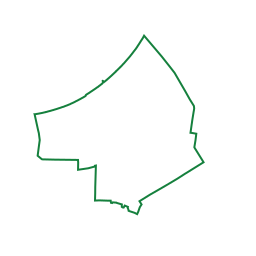 Al Manshiyya, Al Iskandariyah, Egypt (Robinson projection), rotated 311°
{"feature_id": "37247803B47768996612794", "entity_name": "Al Manshiyya", "entity_type": "district", "adm_level": 2, "iso_a3": "EGY", "parent_name": "Egypt", "parent_adm1": "Al Iskandariyah", "projection": "robinson", "projection_center": [29.892, 31.198], "detail": "fine", "context": "isolated", "style": "outline", "palette": "green", "viewbox_px": 256, "rotation_deg": 311, "n_neighbors": 0, "source": "geoboundaries", "source_scale": "gbopen_adm2", "svg_char_len": 5173}
<svg xmlns="http://www.w3.org/2000/svg" viewBox="0 0 256 256"><g transform="rotate(311 128 128)"><path d="M183.3,166.9L184.5,166.2L186.2,165.1L187.3,163.9L187.9,163.2L190.1,156.0L192.9,148.2L193.3,147.1L200.2,126.9L201.7,119.3L204.1,106.5L208.2,79.6L207.8,79.7L207.5,79.7L207.2,79.8L206.8,79.9L206.5,80.0L206.3,80.0L206.0,80.1L205.7,80.2L205.2,80.2L205.0,80.3L204.8,80.3L204.6,80.3L204.4,80.4L204.2,80.4L203.8,80.4L203.6,80.5L203.4,80.5L203.2,80.5L202.9,80.6L202.7,80.6L202.4,80.6L202.2,80.7L201.7,80.7L201.5,80.8L201.2,80.8L200.9,80.9L200.6,80.9L200.3,81.0L199.9,81.0L199.6,81.1L199.3,81.1L198.9,81.2L198.6,81.2L198.2,81.3L197.9,81.3L197.5,81.4L197.2,81.4L196.9,81.4L196.6,81.5L196.3,81.5L196.0,81.6L195.7,81.6L195.4,81.7L195.2,81.7L194.9,81.7L194.7,81.8L194.2,81.8L193.7,81.9L193.2,81.9L192.9,82.0L192.6,82.0L192.2,82.0L191.9,82.0L191.5,82.0L191.1,82.1L190.8,82.1L190.4,82.1L190.0,82.1L189.6,82.1L189.2,82.2L188.8,82.2L188.3,82.2L187.9,82.3L187.5,82.3L187.0,82.3L186.6,82.3L186.2,82.4L185.7,82.4L185.3,82.4L184.8,82.4L184.4,82.4L184.0,82.5L183.5,82.5L183.1,82.5L182.7,82.5L182.3,82.5L181.9,82.5L181.5,82.5L181.2,82.5L180.8,82.5L180.5,82.5L180.2,82.5L179.9,82.5L179.6,82.5L179.3,82.5L179.1,82.5L178.8,82.5L178.5,82.5L178.2,82.5L177.9,82.5L177.6,82.5L177.3,82.5L177.0,82.5L176.7,82.5L176.4,82.5L176.1,82.5L175.8,82.5L175.6,82.5L175.3,82.5L175.0,82.5L174.8,82.5L174.5,82.5L174.2,82.5L173.7,82.5L173.4,82.4L173.1,82.4L172.9,82.4L172.6,82.4L172.4,82.4L172.1,82.4L171.9,82.4L171.7,82.4L171.3,82.4L171.2,82.4L170.7,82.4L170.4,82.3L170.1,82.3L169.9,82.3L169.7,82.3L169.4,82.3L169.2,82.3L169.0,82.2L168.8,82.3L168.6,82.2L168.4,82.2L168.2,82.2L167.8,82.2L167.6,82.1L167.3,82.1L167.1,82.1L166.9,82.1L166.6,82.1L166.4,82.0L166.2,82.0L165.9,82.0L165.7,82.0L165.2,82.0L164.8,81.9L164.6,81.9L164.4,81.9L164.2,81.9L163.8,81.8L163.7,81.8L163.3,81.8L163.2,81.8L162.8,81.8L162.7,81.7L162.5,81.8L162.3,81.7L162.1,81.7L161.9,81.7L161.7,81.7L161.4,81.7L161.2,81.6L160.7,81.6L160.2,81.5L159.7,81.5L159.4,81.5L159.2,81.4L158.9,81.4L158.5,81.4L158.2,81.3L157.9,81.3L157.5,81.3L157.2,81.2L156.9,81.2L156.5,81.2L156.2,81.1L155.8,81.1L155.5,81.0L155.2,81.0L154.9,81.0L154.6,80.9L154.2,80.9L153.9,80.8L153.6,80.8L153.3,80.8L153.0,80.7L152.6,80.7L152.3,80.6L152.0,80.6L151.7,80.5L151.4,80.5L151.2,80.5L150.9,80.4L150.7,80.4L150.3,80.4L150.2,80.3L149.8,80.3L149.6,80.2L149.4,80.2L149.2,80.2L148.9,80.1L148.7,80.1L148.4,80.0L148.2,80.0L147.8,79.9L147.6,79.9L147.4,79.9L147.1,79.7L147.0,79.2L147.0,78.9L147.0,78.7L147.1,78.3L147.0,78.0L146.9,78.0L146.8,78.3L146.8,78.6L146.7,78.9L146.6,79.2L146.6,79.5L146.4,79.6L146.1,79.4L145.8,79.3L145.6,79.3L145.3,79.3L145.1,79.3L144.9,79.4L144.7,79.4L144.3,79.3L144.1,79.3L143.9,79.3L143.7,79.2L143.3,79.1L143.1,79.1L142.9,79.1L142.7,79.0L142.2,78.9L141.9,78.9L141.5,78.8L141.1,78.7L140.7,78.6L140.3,78.5L139.9,78.5L139.5,78.4L139.0,78.3L138.6,78.1L138.1,78.0L137.7,77.9L137.3,77.8L136.8,77.7L136.3,77.6L135.9,77.5L135.4,77.3L134.9,77.2L134.4,77.1L133.9,76.9L133.4,76.8L133.0,76.7L132.5,76.6L132.0,76.4L131.6,76.3L131.2,76.2L130.8,76.1L130.4,76.0L130.1,75.9L129.8,75.8L129.5,75.8L129.3,75.7L129.0,75.6L128.8,75.6L128.6,75.5L128.3,75.4L128.2,75.4L127.9,75.3L127.7,75.2L127.3,75.1L127.1,75.1L126.9,75.0L126.7,74.9L126.4,74.8L126.2,74.8L126.0,74.7L125.9,74.7L125.6,74.6L125.3,74.6L125.1,74.6L124.8,74.8L124.7,74.9L124.4,74.9L124.2,74.9L123.8,74.8L123.5,74.7L123.2,74.6L122.9,74.5L122.5,74.4L122.1,74.2L121.6,74.1L121.1,73.9L120.6,73.7L120.1,73.5L119.5,73.3L118.9,73.1L118.3,72.9L117.7,72.6L117.1,72.4L116.5,72.2L115.8,71.9L115.2,71.7L114.6,71.4L113.9,71.1L113.3,70.9L112.7,70.7L112.0,70.4L111.4,70.1L110.8,69.9L110.2,69.6L109.6,69.3L109.0,69.0L108.4,68.8L107.9,68.6L107.3,68.3L106.8,68.0L106.3,67.8L105.8,67.5L105.3,67.3L104.8,67.0L104.4,66.8L103.9,66.5L103.5,66.3L103.0,66.0L102.5,65.8L102.1,65.6L101.6,65.3L101.1,65.0L100.7,64.7L100.2,64.4L99.6,64.1L99.1,63.8L98.6,63.5L98.0,63.2L97.5,62.8L96.9,62.5L96.3,62.1L95.7,61.8L95.1,61.4L94.6,61.1L94.0,60.7L93.4,60.3L92.8,60.0L92.2,59.6L91.7,59.2L91.1,58.9L90.6,58.5L90.0,58.2L89.5,57.8L89.0,57.5L88.5,57.1L88.0,56.8L87.6,56.5L87.2,56.3L86.8,56.0L86.5,55.8L86.2,55.6L85.9,55.3L85.6,55.2L85.3,55.0L85.0,54.7L84.7,54.5L84.4,54.3L84.0,54.0L83.7,53.8L83.3,53.5L82.9,53.2L82.5,52.9L82.0,52.5L81.6,52.2L81.1,51.8L80.6,51.4L80.2,51.1L79.7,50.7L79.2,50.3L78.8,49.9L78.3,49.6L78.0,49.3L77.6,49.0L77.3,48.8L77.1,48.5L67.5,61.4L65.6,64.1L61.0,69.3L56.7,72.1L47.8,78.0L47.9,82.6L47.9,83.4L48.2,84.0L56.0,93.4L71.1,111.2L70.1,112.2L69.2,113.1L63.7,117.7L71.5,124.4L76.7,127.9L77.1,128.3L77.8,127.8L78.6,128.4L62.6,141.5L62.1,141.9L57.3,146.0L51.6,150.7L53.1,152.3L54.7,154.0L59.8,160.3L61.8,162.6L60.4,164.2L61.0,165.3L61.9,165.3L64.1,168.3L64.1,168.7L66.3,173.5L65.7,173.9L64.4,175.1L64.6,176.2L65.1,176.9L67.3,176.4L68.4,179.7L67.5,180.2L66.7,181.8L65.9,182.8L66.4,184.1L68.3,188.6L69.0,191.4L71.4,190.7L75.9,188.9L77.7,188.6L79.2,188.4L80.3,184.7L92.0,188.3L109.4,194.3L122.1,198.5L131.4,201.2L131.9,201.4L151.7,207.5L152.6,204.7L156.6,191.7L157.0,190.7L163.0,187.0L168.5,183.3L166.5,180.0L166.2,179.5L165.8,178.9L165.4,178.3L172.8,173.5L173.3,173.2L175.9,171.5L183.3,166.9Z" fill="none" stroke="#15803d" stroke-width="2"/></g></svg>